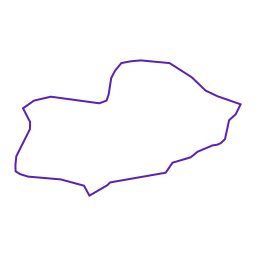 outline of Železniki
{"feature_id": "SVN-1020", "entity_name": "Železniki", "entity_type": "Municipality", "adm_level": 1, "iso_a3": "SVN", "parent_name": "Slovenia", "parent_adm1": "", "projection": "robinson", "projection_center": [14.116, 46.221], "detail": "fine", "context": "isolated", "style": "outline", "palette": "violet", "viewbox_px": 256, "rotation_deg": 0, "n_neighbors": 0, "source": "natural_earth", "source_scale": "10m", "svg_char_len": 569}
<svg xmlns="http://www.w3.org/2000/svg" viewBox="0 0 256 256"><path d="M169.6,63.1L191.9,77.4L205.6,90.6L217.6,96.3L240.6,104.3L235.7,114.3L229.1,120.2L225.0,139.1L220.7,143.2L217.3,144.7L212.5,145.4L197.6,151.7L190.7,157.3L172.5,162.7L165.7,172.7L110.2,182.4L107.2,185.3L89.4,195.6L84.0,185.7L60.7,179.4L28.1,176.6L20.0,174.1L15.6,171.3L15.4,165.4L16.3,156.3L29.9,129.2L30.1,122.0L23.0,108.3L34.0,100.6L50.8,96.7L99.4,103.3L106.5,100.6L108.6,94.7L111.2,78.1L114.9,70.9L121.3,63.1L130.7,61.3L140.8,60.4L169.6,63.1Z" fill="none" stroke="#5b21b6" stroke-width="2"/></svg>